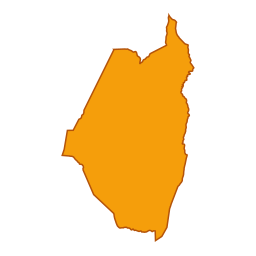 outline of Maraita, Francisco Morazán, Honduras
{"feature_id": "27666195B63042217012253", "entity_name": "Maraita", "entity_type": "district", "adm_level": 2, "iso_a3": "HND", "parent_name": "Honduras", "parent_adm1": "Francisco Morazán", "projection": "equal_earth", "projection_center": [-87.016, 13.873], "detail": "fine", "context": "isolated", "style": "filled", "palette": "amber", "viewbox_px": 256, "rotation_deg": 0, "n_neighbors": 0, "source": "geoboundaries", "source_scale": "gbopen_adm2", "svg_char_len": 5645}
<svg xmlns="http://www.w3.org/2000/svg" viewBox="0 0 256 256"><path d="M187.6,44.7L187.2,44.6L186.3,44.3L185.8,44.2L185.3,44.0L184.4,43.3L179.0,37.7L179.0,37.4L178.8,37.1L177.6,35.7L177.2,35.0L176.7,34.0L176.2,32.4L176.1,31.8L176.0,31.0L175.5,28.5L175.6,27.7L175.8,26.3L175.9,25.3L176.0,24.4L176.2,22.8L176.3,22.5L176.5,22.2L175.3,20.7L174.6,20.2L173.7,19.8L172.7,19.6L172.2,19.3L170.8,17.9L169.8,16.7L169.0,15.4L169.0,15.6L168.8,16.0L168.7,16.3L168.4,17.4L168.4,18.1L168.5,18.9L168.7,20.2L168.7,21.0L168.6,22.0L168.1,23.6L167.5,25.3L167.3,25.8L166.6,27.0L166.5,27.7L166.7,28.7L166.7,29.5L166.7,29.9L166.6,30.5L166.6,31.1L166.7,31.4L166.9,32.0L167.0,32.5L167.1,33.0L167.1,33.5L167.0,34.2L166.1,36.8L166.0,39.3L165.9,40.2L165.7,41.4L165.6,42.1L165.6,42.5L165.8,43.2L166.1,43.8L166.4,44.4L166.4,45.0L166.5,45.3L150.1,53.7L149.7,54.6L148.9,56.3L148.7,56.6L148.1,56.9L147.3,57.0L146.8,57.3L146.6,57.5L146.0,58.2L145.3,59.0L144.8,59.3L144.2,59.5L143.6,59.8L143.2,60.2L142.7,61.3L142.2,62.0L140.9,62.8L140.5,63.2L140.2,63.5L139.9,63.5L139.8,63.4L139.8,63.1L140.0,61.6L140.3,60.6L140.4,59.8L140.4,59.2L140.2,58.5L139.9,57.8L139.5,57.4L139.1,57.0L137.7,56.1L137.4,55.8L137.3,55.7L137.0,54.5L136.8,53.7L136.5,52.6L136.2,52.1L135.9,51.8L135.7,51.6L135.2,51.6L134.0,52.0L133.5,52.1L133.2,52.0L131.1,50.6L129.4,50.0L128.7,49.6L128.0,49.2L127.5,49.0L126.0,49.2L125.1,49.0L113.9,49.4L114.0,49.5L84.0,110.2L83.9,111.7L83.9,112.5L83.6,113.1L83.5,113.8L83.2,114.3L82.7,114.7L82.1,115.0L81.8,115.5L81.5,117.1L81.2,117.9L80.6,118.4L79.8,118.9L78.9,119.3L73.2,130.3L67.4,130.4L64.2,149.4L62.2,155.4L69.6,156.0L70.0,156.2L70.9,156.2L71.8,156.3L72.3,156.4L73.1,156.8L73.5,157.0L74.1,157.7L75.0,159.0L76.1,160.1L76.6,160.6L77.1,160.9L77.7,161.9L78.7,162.6L79.0,162.8L79.2,163.2L79.4,163.9L79.5,164.0L79.8,164.2L80.4,164.2L81.6,164.4L81.9,164.5L82.1,164.6L82.5,165.2L83.0,165.6L83.3,166.4L83.5,167.5L83.4,167.8L83.2,168.0L83.0,168.5L83.1,169.3L83.1,170.0L93.7,194.6L113.7,213.4L114.0,214.4L114.1,215.3L114.3,216.7L114.7,218.5L115.8,221.7L116.0,222.4L116.8,224.5L117.5,226.0L119.0,227.5L119.6,227.9L120.1,228.0L121.6,227.8L122.8,227.8L123.5,227.8L123.8,227.5L124.2,227.4L125.5,227.3L126.4,227.3L126.8,227.4L127.4,228.0L127.7,228.0L128.4,228.0L129.1,228.1L129.7,228.3L130.0,228.5L130.8,229.5L131.2,229.8L131.7,229.9L131.9,229.8L132.4,229.5L132.6,229.2L132.8,229.1L133.1,229.1L133.3,229.2L133.8,229.9L134.4,230.4L135.5,230.2L135.9,230.3L137.7,231.0L138.9,231.4L139.3,231.4L140.5,231.0L141.0,231.0L141.6,231.8L141.8,232.0L142.7,232.0L143.4,232.0L144.1,232.2L144.5,232.2L144.9,232.1L146.1,232.0L146.9,231.7L148.7,230.6L149.5,230.4L149.9,230.4L150.6,230.6L151.0,230.7L151.8,231.3L152.0,231.5L152.3,231.5L152.6,231.5L153.5,230.8L154.2,230.8L154.6,230.9L155.2,231.0L155.5,240.6L161.9,236.3L166.9,227.4L169.6,208.7L170.1,207.4L170.2,206.8L170.5,206.3L171.1,204.2L177.9,186.4L179.4,185.0L180.1,183.8L181.5,182.1L182.0,181.2L182.2,180.7L182.3,179.9L182.3,178.7L182.5,178.0L182.8,177.0L183.1,176.3L183.5,174.8L183.6,174.0L183.7,171.9L183.9,170.5L184.1,169.3L184.1,168.1L184.3,167.4L184.6,166.0L185.2,163.7L186.3,158.2L186.8,156.6L187.1,155.4L187.0,155.0L186.9,154.7L186.7,154.7L186.1,154.6L185.9,154.5L185.6,154.2L185.1,153.3L184.9,152.9L184.8,152.6L184.7,152.1L184.8,151.1L184.7,150.1L184.1,148.6L184.4,146.7L184.6,145.6L184.6,145.1L184.5,144.7L184.3,144.4L184.0,144.2L183.4,144.0L182.9,144.0L182.6,144.0L182.4,143.8L182.3,143.6L182.5,143.0L182.9,142.4L183.0,142.1L183.0,141.6L183.0,141.4L182.8,141.1L182.9,140.9L183.1,140.4L183.6,139.8L183.8,139.4L183.7,139.0L183.4,137.6L183.4,137.3L183.5,136.9L183.6,136.7L183.9,136.3L184.2,134.9L184.5,134.2L185.0,133.3L185.6,131.4L185.7,130.9L185.6,130.2L185.6,129.7L185.8,128.9L186.1,128.0L186.2,127.6L186.2,127.2L186.0,125.5L186.0,124.7L186.1,124.0L186.6,122.8L187.0,122.0L187.1,121.3L187.3,119.5L187.4,119.2L187.6,118.8L187.8,118.3L187.9,117.9L188.0,117.2L188.1,116.8L188.3,116.5L188.8,116.2L189.2,115.8L189.3,115.6L189.3,115.3L189.2,114.9L189.0,114.5L188.5,114.0L187.9,113.6L187.8,113.4L187.7,113.1L187.7,112.7L187.8,112.2L188.1,111.6L188.5,110.9L188.6,110.5L188.7,109.8L188.7,109.2L188.6,108.6L187.9,107.0L187.7,105.4L187.4,104.5L187.2,104.0L186.9,103.6L186.5,103.1L186.3,102.7L186.6,100.7L186.6,100.2L186.4,99.7L186.1,99.0L185.0,98.2L184.6,97.7L184.3,97.1L184.1,96.8L183.9,96.6L183.4,96.4L183.0,96.2L182.9,95.8L182.7,95.2L182.6,95.3L182.5,95.2L182.5,94.8L182.4,94.5L181.9,93.7L181.3,93.2L181.1,92.9L180.9,92.4L180.9,91.9L180.9,91.7L181.5,91.1L181.6,90.9L181.6,90.3L181.5,89.2L181.5,88.8L181.8,88.4L182.3,87.9L182.5,87.7L182.2,86.9L182.1,86.7L182.9,86.5L183.1,86.2L183.3,85.8L183.3,85.7L183.2,85.5L182.9,85.2L182.5,85.0L182.4,84.9L183.3,84.2L183.5,83.1L183.5,82.7L184.1,82.6L184.4,82.4L185.0,80.9L185.2,80.4L185.4,80.3L186.3,80.3L186.6,80.3L186.7,80.1L186.8,79.9L186.8,79.6L186.6,77.9L186.5,77.3L186.7,77.0L186.9,76.7L187.1,76.6L187.4,76.6L187.6,76.4L187.6,76.1L187.3,75.6L187.5,75.2L187.7,74.9L188.0,74.7L188.7,74.5L189.5,74.4L190.0,74.2L190.2,73.9L190.1,73.7L189.8,73.3L189.6,73.1L189.0,72.9L188.7,72.7L188.6,72.3L188.7,71.9L188.8,71.8L189.0,71.6L189.9,71.3L191.6,71.3L192.1,71.2L192.3,71.1L192.6,70.9L192.7,70.6L192.7,69.7L192.8,69.3L193.1,68.7L193.6,68.2L193.8,67.8L193.7,67.6L193.0,66.6L191.5,64.3L190.7,63.4L190.4,63.0L190.3,62.6L190.2,62.3L190.3,62.0L190.4,61.7L190.8,60.9L190.9,60.6L190.9,60.4L190.8,60.0L190.5,59.4L189.8,57.9L189.5,57.2L189.1,56.8L189.0,56.7L189.0,56.4L189.2,55.7L189.4,55.0L189.4,54.7L189.2,54.4L188.9,54.2L188.6,53.9L188.4,53.5L188.3,53.2L188.2,52.5L188.4,50.5L188.4,49.6L188.3,49.2L187.9,47.7L187.8,47.4L188.1,45.7L188.1,45.1L187.9,44.8L187.6,44.7Z" fill="#f59e0b" stroke="#b45309" stroke-width="1.5"/></svg>